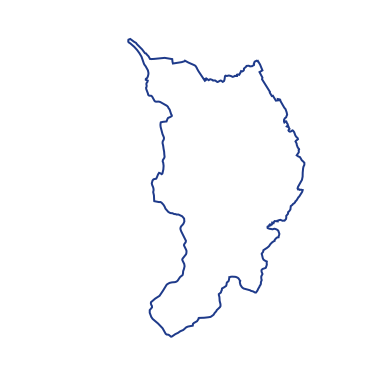 the district of Bozovici, Caras-Severin, Romania, rotated 197°
{"feature_id": "2599482B43426920958280", "entity_name": "Bozovici", "entity_type": "district", "adm_level": 2, "iso_a3": "ROU", "parent_name": "Romania", "parent_adm1": "Caras-Severin", "projection": "robinson", "projection_center": [21.961, 45.006], "detail": "fine", "context": "isolated", "style": "outline", "palette": "blue", "viewbox_px": 384, "rotation_deg": 197, "n_neighbors": 0, "source": "geoboundaries", "source_scale": "gbopen_adm2", "svg_char_len": 6046}
<svg xmlns="http://www.w3.org/2000/svg" viewBox="0 0 384 384"><g transform="rotate(197 192 192)"><path d="M297.3,319.1L297.1,317.6L296.4,316.6L294.5,316.1L289.6,313.9L286.1,311.8L282.9,309.4L279.9,306.7L275.6,300.8L274.9,300.0L273.0,298.6L269.7,295.4L268.4,293.0L268.1,291.6L268.0,289.6L268.2,288.0L269.0,287.0L269.2,286.5L269.0,285.8L266.9,285.6L266.8,284.3L267.2,283.3L267.3,282.3L267.0,281.4L266.5,280.6L266.2,279.3L266.4,278.2L265.8,277.0L262.8,273.1L262.4,272.2L261.1,271.6L259.1,272.1L258.0,271.6L254.5,268.2L253.6,267.8L252.6,267.9L250.4,268.7L248.8,268.8L241.2,267.1L240.0,266.5L239.0,265.4L237.5,264.3L234.7,260.3L233.7,259.4L233.6,258.6L234.9,257.2L236.5,255.9L236.8,254.9L237.0,252.0L240.3,250.6L242.2,249.5L242.2,248.8L241.8,246.9L241.0,245.0L237.1,238.7L235.9,237.3L234.8,235.9L234.4,234.7L234.4,233.6L234.8,231.9L234.5,230.2L233.1,227.8L231.8,225.0L230.4,222.3L229.5,219.9L228.5,217.6L228.5,216.5L229.2,214.0L228.9,212.5L228.1,211.6L226.8,208.7L226.0,205.2L225.7,201.0L226.2,200.2L227.5,200.6L229.1,200.7L229.6,198.9L229.9,195.6L230.1,194.3L232.5,192.9L233.1,191.5L233.0,188.5L232.1,187.0L230.5,185.1L229.6,183.5L229.2,182.1L229.1,180.6L227.4,177.6L225.7,172.8L225.4,172.2L220.6,172.7L219.2,173.2L218.0,172.9L215.6,171.5L213.9,170.0L212.5,168.3L208.8,166.0L206.9,165.6L206.1,165.6L204.4,166.0L203.5,165.8L202.5,165.7L201.1,166.1L200.4,165.9L198.3,166.5L194.3,165.9L191.8,164.3L190.7,161.6L190.9,159.3L191.4,157.9L192.1,156.6L192.5,155.3L192.5,154.0L192.0,152.8L190.8,151.2L183.5,143.5L183.4,142.0L184.1,140.1L184.2,138.9L183.8,138.3L180.8,135.1L180.0,134.0L179.5,131.9L179.5,130.7L181.5,125.6L181.6,124.7L181.2,123.9L178.4,120.9L177.4,118.9L177.2,116.2L177.3,113.7L176.8,111.4L176.7,109.9L177.0,109.3L177.6,108.6L178.6,107.0L179.8,103.0L180.6,101.8L182.0,100.8L184.8,99.7L186.9,98.5L188.7,96.6L189.2,95.7L190.9,89.1L192.7,83.2L196.1,79.2L199.0,74.6L198.8,73.5L198.6,73.1L197.9,72.1L197.0,71.3L196.5,70.0L197.9,66.7L197.1,64.1L194.4,60.6L192.5,59.1L186.0,56.3L180.3,53.1L175.7,48.7L174.6,48.3L173.0,48.6L172.2,48.5L169.7,47.5L169.0,47.9L166.4,51.2L164.2,53.2L162.5,55.4L160.0,57.5L157.9,61.0L156.4,62.2L152.2,64.4L152.5,66.2L151.9,67.3L149.4,69.9L148.6,72.6L148.8,73.0L148.8,73.3L148.6,73.6L143.6,75.3L139.7,77.0L137.7,78.0L135.9,80.3L135.5,80.9L134.9,83.1L134.0,84.9L133.8,86.2L131.6,90.1L131.4,91.3L132.0,93.1L133.7,95.9L135.1,99.6L136.2,101.3L136.5,102.2L135.0,104.3L135.0,106.0L134.8,106.6L135.1,108.5L133.3,110.4L131.9,112.2L131.9,113.6L132.2,115.0L132.1,115.6L131.8,116.4L131.1,117.1L131.0,117.6L131.0,119.0L131.4,121.5L130.9,121.6L130.1,122.3L128.8,122.8L126.4,123.4L125.3,123.6L123.4,123.4L122.3,123.0L120.3,121.3L120.2,120.9L119.9,120.9L119.9,119.9L119.7,119.3L118.5,117.3L116.6,115.7L115.7,115.2L114.4,114.8L107.8,115.0L106.7,114.7L104.5,114.8L102.3,114.3L101.4,114.6L100.6,116.9L100.4,118.7L99.8,121.1L99.8,121.8L99.3,123.5L99.3,124.4L99.7,125.8L99.7,126.9L99.6,128.2L100.2,129.0L101.0,131.1L101.0,132.3L100.6,133.9L100.8,134.5L101.8,135.6L102.4,136.6L102.6,137.2L102.6,137.9L102.2,138.7L101.9,139.1L99.4,140.9L99.2,141.5L99.3,141.9L99.2,142.7L99.2,144.4L99.9,146.1L100.1,147.4L102.3,147.7L103.8,148.2L104.9,149.3L106.7,152.4L107.3,153.2L107.1,154.0L106.5,155.6L106.7,157.2L103.7,160.8L102.5,162.7L101.8,165.1L100.5,167.5L99.3,168.9L98.7,169.4L98.9,170.2L98.8,170.7L97.9,172.6L97.2,173.5L96.0,174.0L96.2,175.1L96.1,176.2L96.2,177.5L98.1,180.1L98.9,180.6L99.6,180.8L100.8,181.0L102.3,181.0L103.1,180.6L104.0,179.9L107.3,179.5L109.1,179.6L109.4,180.1L109.6,181.0L108.8,181.8L107.2,183.0L107.4,183.6L108.1,183.7L108.0,183.9L106.7,183.9L106.2,184.1L106.0,184.8L106.4,186.2L106.0,186.3L105.2,186.0L104.9,186.0L104.8,187.7L104.4,188.4L102.7,188.7L102.3,189.2L101.4,189.0L101.3,190.0L99.4,191.2L96.9,191.0L96.1,191.4L95.4,191.5L95.1,191.7L94.2,193.7L94.4,195.2L94.9,196.7L93.8,199.3L94.2,200.8L93.5,201.9L92.8,204.0L93.4,207.4L92.2,209.1L91.9,210.1L91.3,210.7L90.9,211.3L90.4,212.3L90.4,213.3L89.9,213.9L89.4,215.2L88.7,218.1L88.2,218.8L86.7,224.3L86.7,226.2L88.5,226.1L89.7,225.5L90.2,225.6L90.6,225.9L91.4,225.5L92.1,226.3L92.1,228.0L90.4,235.8L90.7,239.0L91.8,242.9L92.6,246.8L92.8,248.7L92.5,250.8L93.1,252.8L94.6,253.7L96.2,254.4L98.9,256.9L100.8,257.1L102.6,257.7L101.5,261.2L101.8,262.3L102.3,263.3L102.0,264.0L102.3,264.5L103.8,265.4L105.6,267.7L106.1,268.9L107.8,270.6L107.6,271.3L106.1,273.5L106.7,274.4L108.5,275.3L109.7,276.3L111.8,279.1L113.3,280.2L114.0,280.3L114.7,279.3L115.6,278.5L116.2,278.3L117.1,278.5L117.8,279.2L117.6,280.1L117.2,280.9L117.4,281.1L118.2,281.8L118.7,282.6L119.5,282.3L120.5,282.4L120.2,283.1L119.6,283.6L120.3,284.8L121.5,285.8L122.5,287.1L123.4,286.9L123.6,286.1L124.0,285.5L124.6,286.2L125.1,288.0L124.8,289.6L123.8,291.0L123.8,292.3L123.6,293.7L124.8,295.9L126.8,298.6L128.4,299.6L133.1,304.0L134.1,305.0L134.4,305.7L135.1,306.2L137.0,306.0L136.3,304.9L138.5,303.9L142.8,307.7L143.7,307.1L146.7,309.8L146.7,310.5L158.0,320.3L158.1,322.0L162.5,326.4L160.2,328.9L164.2,333.8L167.2,336.5L167.4,336.1L168.5,336.5L169.8,335.4L170.2,334.9L170.2,333.7L170.4,333.3L170.4,332.9L169.9,332.1L169.9,331.4L170.9,330.5L171.3,329.9L173.2,329.1L174.0,329.3L174.8,329.3L176.7,328.5L177.1,327.2L177.9,326.1L178.4,325.2L178.1,324.3L178.1,323.4L178.6,322.6L179.2,322.0L180.4,322.0L180.4,321.0L180.7,320.5L180.6,320.2L181.1,317.9L182.4,317.9L183.3,317.3L182.8,316.5L182.8,316.1L184.4,315.6L185.1,315.5L185.8,314.6L186.8,314.0L188.8,314.3L190.8,314.2L192.6,313.1L193.8,313.1L194.3,312.4L193.8,309.1L193.8,307.6L194.8,306.3L196.6,307.0L197.4,306.9L199.6,304.7L200.4,304.7L202.3,305.4L203.7,305.1L204.4,304.7L205.3,305.1L207.3,305.2L207.7,305.1L208.7,303.8L211.6,304.8L212.4,304.1L211.3,303.4L212.2,302.1L221.1,309.4L223.1,311.3L223.5,311.9L224.0,312.2L224.5,312.8L225.7,313.7L227.1,314.0L233.1,314.7L237.1,315.5L237.2,315.0L239.8,313.2L247.8,309.3L248.7,310.8L249.8,313.3L257.3,312.3L267.4,308.1L269.9,307.2L271.2,307.0L271.7,307.6L273.3,309.1L275.7,310.4L276.3,311.0L277.6,311.0L281.4,313.8L287.8,317.2L289.1,318.2L291.3,318.7L295.8,320.3L297.3,319.1Z" fill="none" stroke="#1e3a8a" stroke-width="2"/></g></svg>